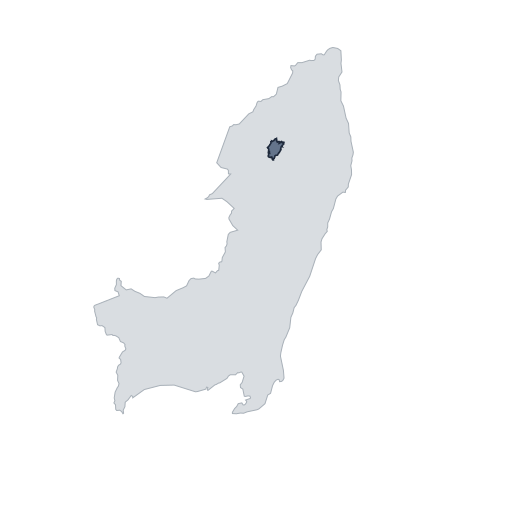 Paucartambo, Cusco, Peru (highlighted), rotated 223°
{"feature_id": "86281439B72784044291382", "entity_name": "Paucartambo", "entity_type": "district", "adm_level": 2, "iso_a3": "PER", "parent_name": "Peru", "parent_adm1": "Cusco", "projection": "equal_earth", "projection_center": [-71.544, -13.17], "detail": "fine", "context": "in_parent", "style": "filled", "palette": "slate", "viewbox_px": 512, "rotation_deg": 223, "n_neighbors": 0, "source": "geoboundaries", "source_scale": "gbopen_adm2", "svg_char_len": 7570}
<svg xmlns="http://www.w3.org/2000/svg" viewBox="0 0 512 512"><g transform="rotate(223 256 256)"><path d="M342.0,144.1L341.9,145.6L340.5,146.4L339.2,145.3L337.3,145.6L334.5,142.2L327.8,142.7L324.9,146.8L320.4,147.6L315.5,149.5L310.0,150.3L301.4,156.7L299.4,159.4L295.5,163.2L292.3,164.4L290.8,176.2L287.7,183.0L286.4,186.8L288.2,192.4L288.1,195.2L286.4,197.4L284.9,197.7L282.0,200.1L277.6,205.2L276.8,209.2L278.3,214.4L277.8,215.0L274.1,216.0L274.2,218.9L273.5,220.1L276.6,224.2L278.3,225.2L278.4,226.3L278.1,227.4L277.4,227.8L277.3,228.8L279.6,231.9L281.2,238.1L284.4,241.1L284.5,243.1L285.4,245.1L287.1,246.6L291.0,252.9L291.0,255.7L287.0,262.4L293.7,262.4L301.0,264.6L302.1,265.7L303.0,268.7L303.1,270.6L304.5,272.2L304.4,275.9L314.1,275.9L320.3,275.0L330.5,263.9L332.1,263.0L331.3,265.4L331.1,267.1L331.7,269.1L330.5,271.8L330.4,298.7L332.2,297.3L334.6,299.8L336.3,300.0L341.9,296.9L348.3,297.4L363.3,332.6L362.0,335.0L362.0,336.8L360.2,338.3L358.3,341.1L358.2,355.1L356.6,359.3L357.5,361.5L358.3,365.9L359.7,368.6L360.0,370.3L359.8,370.9L357.8,372.4L357.6,375.0L353.9,379.9L353.2,383.3L351.8,384.4L351.5,388.2L354.9,394.3L352.7,398.0L350.7,403.4L354.0,414.8L355.4,416.5L356.9,416.4L359.1,417.4L360.3,419.1L357.5,421.2L357.1,422.2L357.3,425.9L354.3,428.7L350.2,435.9L349.2,436.3L347.1,438.4L346.8,439.5L347.1,440.5L348.8,442.6L349.0,445.2L346.1,448.5L344.1,448.8L343.3,449.7L344.1,454.0L344.1,456.1L343.5,458.4L342.0,460.9L337.8,463.5L333.9,464.0L327.2,457.5L325.2,454.8L318.6,449.2L317.6,443.4L315.4,440.5L311.3,438.4L308.1,435.3L305.7,434.0L299.8,427.4L294.3,425.3L284.2,418.3L278.7,416.0L271.7,409.5L267.9,407.8L264.8,404.7L255.6,398.3L254.1,396.2L252.7,393.0L250.7,391.1L248.3,386.7L244.9,384.1L241.6,380.7L237.5,371.6L235.6,369.4L235.4,365.3L234.0,363.4L236.0,362.0L237.2,355.5L236.5,352.2L231.8,343.5L230.9,339.8L227.4,333.1L226.1,329.1L223.4,326.2L222.2,323.6L220.7,322.6L220.6,319.5L219.5,313.6L218.0,310.6L212.5,305.0L211.9,299.0L210.7,294.8L202.9,277.8L198.4,261.4L194.7,252.3L193.1,247.1L192.9,244.3L190.2,239.4L188.7,235.0L182.4,226.5L178.8,216.9L178.3,214.1L175.8,208.9L171.8,202.1L169.8,199.4L157.9,191.0L152.2,185.8L151.5,183.2L151.8,181.7L153.0,180.2L154.7,181.3L155.8,180.9L156.6,179.0L156.6,176.2L155.5,172.5L151.7,165.5L152.6,162.3L148.7,154.1L149.6,146.1L150.5,144.1L156.2,136.0L157.8,132.6L160.3,130.5L162.8,127.2L165.8,124.7L166.7,125.6L167.6,129.9L167.5,132.8L168.3,135.9L166.2,138.9L163.9,138.3L163.0,139.0L162.7,140.3L163.1,142.5L163.7,143.4L165.4,143.5L163.1,147.8L163.3,148.6L164.9,149.4L166.4,148.3L168.1,145.9L169.0,145.5L174.9,149.7L177.6,149.2L179.7,151.1L179.9,154.1L182.8,160.0L187.2,161.4L187.9,160.9L188.9,158.7L189.8,158.4L190.0,155.1L193.8,151.6L194.3,149.2L193.8,147.5L193.9,146.2L196.0,138.4L196.7,137.6L197.4,135.1L198.2,133.6L199.5,124.9L200.5,125.0L201.5,127.0L202.7,126.5L202.0,124.5L202.2,123.9L206.4,116.9L207.7,115.4L227.8,105.8L237.8,96.0L246.6,82.2L249.4,68.2L250.4,69.2L252.1,68.9L251.5,63.3L251.9,60.6L251.9,59.8L249.1,56.4L248.0,52.7L245.6,50.7L245.7,49.9L248.2,50.6L250.5,50.3L252.5,48.0L254.0,48.2L257.3,51.4L259.7,51.6L260.5,53.9L262.9,55.5L266.2,60.4L267.8,65.6L267.7,66.6L269.2,69.3L272.4,70.6L275.7,74.5L279.1,75.7L280.6,79.2L281.5,80.3L282.0,82.3L281.4,84.6L281.9,85.9L284.4,88.0L286.6,88.0L287.0,89.0L288.2,94.8L287.4,97.7L287.8,99.3L290.6,100.7L291.4,101.9L293.6,102.2L296.8,101.0L300.7,102.7L303.7,102.1L305.1,101.6L306.5,100.3L307.7,100.4L310.8,96.7L311.6,96.4L314.9,98.0L317.7,100.6L321.1,100.1L322.5,98.5L325.0,97.7L329.4,100.7L330.4,102.2L331.6,102.5L336.4,105.6L337.3,106.8L339.8,108.0L340.3,109.0L340.2,110.1L328.9,133.7L332.4,135.7L335.6,134.5L337.3,136.1L338.6,139.9L341.1,142.5L342.0,144.1Z" fill="#d9dde1" stroke="#a8b0b8" stroke-width="1"/><path d="M312.2,356.3L312.3,356.5L312.2,356.6L312.1,356.8L312.4,357.0L312.5,357.1L312.5,357.3L312.6,357.5L312.8,357.7L312.8,357.8L312.9,358.1L313.0,358.2L313.2,358.3L313.3,358.3L313.4,358.0L313.8,357.5L313.9,357.4L313.9,357.2L313.8,356.7L314.0,356.6L314.3,356.6L314.5,356.6L314.9,356.8L314.9,357.0L315.0,357.0L315.0,357.3L315.3,357.3L315.4,357.2L315.5,357.2L315.6,356.9L315.8,356.6L315.7,356.4L315.7,356.1L315.6,355.7L315.6,355.4L315.7,355.2L315.6,354.9L315.5,354.7L315.7,354.3L315.8,354.3L315.9,354.1L316.0,354.4L316.2,354.5L316.3,354.8L316.4,355.0L316.8,355.3L317.1,355.6L317.3,355.5L317.5,355.3L317.5,355.1L317.6,354.8L317.8,354.6L317.9,354.4L317.9,354.2L318.0,354.2L318.1,353.9L318.2,354.0L318.3,354.1L318.6,354.3L318.7,354.2L318.8,354.3L319.0,354.1L319.3,354.1L319.4,354.3L319.6,354.4L319.8,354.4L319.8,354.7L319.9,354.8L320.1,354.7L320.3,355.0L320.6,355.3L320.6,355.6L320.9,355.6L321.0,355.7L321.1,355.8L321.1,355.7L321.2,355.3L321.3,355.2L321.6,355.1L321.7,354.9L321.8,354.9L321.9,354.6L321.8,354.2L321.9,353.8L321.8,353.4L321.7,353.3L321.6,353.2L321.6,352.9L321.7,352.7L321.8,352.7L321.8,352.4L321.7,352.3L321.8,352.2L321.9,351.9L322.0,351.7L322.1,351.4L322.3,351.3L322.2,351.2L322.3,351.1L322.4,350.9L322.3,350.7L322.5,350.6L322.8,350.6L322.7,350.5L322.7,350.4L322.8,350.3L323.0,350.2L323.2,349.7L322.9,349.4L322.6,349.2L322.3,349.1L322.1,348.9L322.0,348.6L322.0,348.3L321.9,348.0L321.9,347.9L321.9,347.6L321.8,347.2L321.9,346.9L321.8,346.7L321.6,346.6L321.5,346.4L321.5,346.2L321.5,345.9L321.6,345.6L321.6,345.3L321.4,345.1L321.4,344.8L321.4,344.7L321.5,344.4L321.5,344.2L321.3,343.9L321.3,343.7L321.4,343.4L321.6,343.4L321.6,343.1L321.4,343.1L321.2,343.1L321.0,342.9L320.9,342.9L320.9,343.0L320.8,342.9L320.6,342.9L320.6,343.0L320.4,343.1L320.2,343.2L319.9,343.0L319.7,342.8L319.6,342.7L319.4,342.7L319.2,342.4L319.0,342.1L318.9,342.1L318.7,341.6L318.5,341.4L318.3,341.1L318.3,341.3L318.2,341.4L318.0,341.6L317.9,341.6L317.8,341.3L317.6,341.2L317.5,341.3L317.4,341.4L317.3,341.2L317.2,341.2L316.9,341.0L317.0,341.0L316.9,340.8L316.7,340.6L316.9,340.6L316.8,340.2L316.7,340.3L316.6,340.2L316.8,340.0L316.8,339.9L316.6,339.9L316.6,339.7L316.3,339.3L316.1,339.0L316.0,338.9L315.9,338.8L315.9,338.6L315.8,338.3L315.8,338.2L315.7,338.0L315.4,338.1L315.3,337.9L315.1,337.9L315.0,337.6L315.1,337.3L315.0,337.2L314.9,337.3L314.8,337.2L314.4,337.1L314.2,337.1L313.9,337.2L313.7,337.2L313.6,337.3L313.4,337.4L313.4,337.5L313.2,337.7L312.8,337.8L312.6,337.9L312.7,338.1L312.6,338.3L312.6,338.5L312.4,338.6L312.3,338.8L312.2,338.9L312.2,339.0L311.9,339.1L311.7,339.2L311.5,338.9L311.4,338.6L311.1,338.5L310.9,338.5L310.8,338.3L310.7,338.2L310.4,338.0L310.2,337.9L309.9,337.8L309.7,337.9L309.4,337.7L309.3,337.8L309.2,337.8L309.1,338.1L308.8,338.2L308.9,338.3L309.1,338.5L309.3,338.8L309.3,339.0L309.6,339.2L309.5,339.3L309.4,339.4L309.3,339.5L309.2,339.8L309.3,339.9L309.3,340.0L309.6,340.3L309.6,340.8L309.8,341.0L309.8,341.3L310.0,341.4L310.1,341.6L310.1,341.8L310.2,342.0L310.4,342.1L310.5,342.3L310.4,342.4L310.4,342.9L310.3,343.0L310.2,343.0L310.0,343.5L309.7,343.7L309.4,343.8L309.3,344.1L309.2,344.2L309.1,344.3L309.0,344.5L309.1,344.8L309.3,345.0L309.4,345.3L309.4,345.6L309.4,345.8L309.4,346.0L309.5,346.1L309.4,346.3L309.5,346.4L309.5,346.5L309.8,346.7L309.8,346.9L309.6,347.1L309.5,347.3L309.6,347.6L309.7,347.8L309.6,348.0L309.9,348.3L309.9,348.5L309.8,349.0L309.9,349.3L310.0,349.3L310.1,349.5L310.1,349.9L310.3,350.1L310.3,350.4L310.2,350.7L310.4,350.8L310.4,351.0L310.5,351.1L310.8,350.9L310.9,351.0L311.0,351.0L311.1,351.4L311.1,351.6L311.5,351.9L311.6,352.1L311.7,352.4L311.9,352.6L312.1,353.0L312.1,353.4L311.9,353.4L311.6,353.6L311.8,353.6L311.8,353.8L311.9,354.0L311.9,353.9L312.0,354.0L311.9,354.3L312.1,354.5L311.9,354.6L312.1,355.0L312.1,355.5L312.2,355.9L312.2,356.3Z" fill="#64748b" stroke="#1e293b" stroke-width="1.5"/></g></svg>